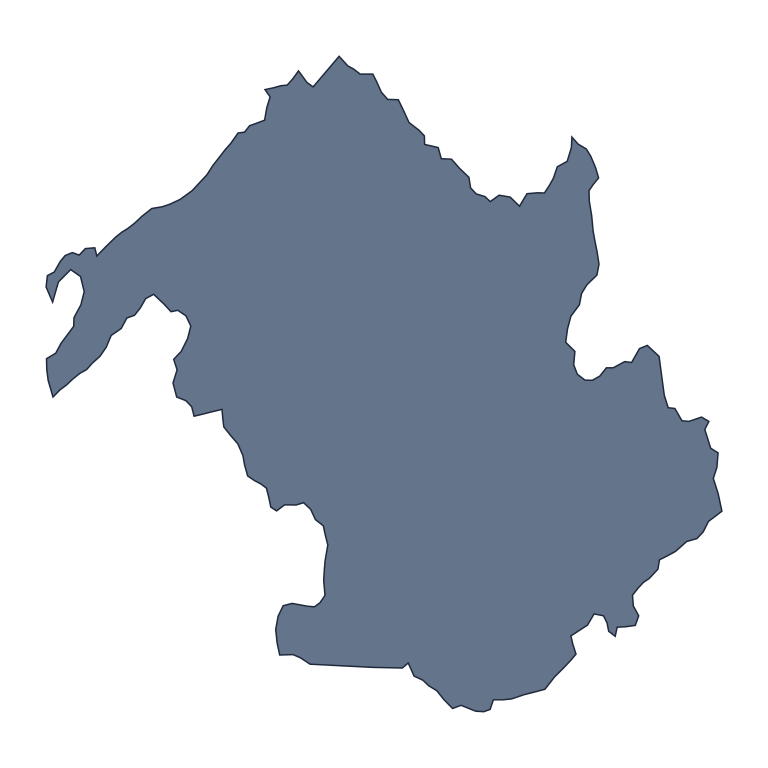 the district of Barra do Chapéu, São Paulo, Brazil
{"feature_id": "56859067B85491163367944", "entity_name": "Barra do Chapéu", "entity_type": "district", "adm_level": 2, "iso_a3": "BRA", "parent_name": "Brazil", "parent_adm1": "São Paulo", "projection": "equal_earth", "projection_center": [-49.1, -24.442], "detail": "fine", "context": "isolated", "style": "filled", "palette": "slate", "viewbox_px": 768, "rotation_deg": 0, "n_neighbors": 0, "source": "geoboundaries", "source_scale": "gbopen_adm2", "svg_char_len": 3141}
<svg xmlns="http://www.w3.org/2000/svg" viewBox="0 0 768 768"><path d="M339.1,56.3L326.7,70.9L313.1,86.9L307.0,82.5L298.5,70.9L292.9,78.7L287.2,85.1L281.0,85.7L273.5,87.8L265.0,89.6L270.1,96.9L266.8,107.6L264.6,120.2L256.1,123.4L249.6,125.7L244.6,132.1L238.1,133.0L230.5,143.7L225.4,149.4L212.5,166.0L207.0,174.7L192.1,190.7L180.1,199.4L169.9,204.2L162.5,206.7L151.8,208.5L141.9,216.3L134.7,223.1L127.9,228.4L121.8,232.2L116.0,236.8L106.1,246.4L96.8,256.0L94.8,247.8L85.3,248.6L79.2,255.1L72.4,252.6L65.2,255.5L60.2,261.5L54.3,272.0L47.4,275.6L46.1,287.0L52.6,302.1L58.4,282.0L70.7,269.6L80.5,276.5L84.2,291.6L80.9,304.8L74.0,317.6L73.7,326.3L61.1,343.2L55.7,353.2L46.5,358.7L46.8,370.1L48.2,380.6L53.0,397.0L60.2,389.7L66.6,384.9L72.4,379.4L79.9,373.3L86.6,369.6L92.2,363.3L99.9,356.4L106.2,347.3L111.2,335.4L121.2,328.5L126.9,318.0L134.5,315.3L140.3,308.0L145.7,298.6L153.6,294.3L163.8,303.9L171.0,311.7L177.8,310.3L185.9,315.8L190.8,326.0L187.6,338.6L181.2,351.4L173.7,359.3L177.1,369.8L173.0,382.9L176.7,397.0L185.9,400.7L191.7,406.8L194.1,416.2L201.7,414.4L211.9,411.8L222.0,409.4L222.8,418.5L223.8,426.9L230.5,435.4L237.8,443.8L242.9,455.5L244.6,465.1L247.7,476.0L254.5,480.6L260.6,483.8L266.4,488.1L268.8,497.5L270.8,507.1L276.6,510.9L284.7,504.8L296.0,505.0L303.6,502.7L310.7,509.4L315.4,519.6L323.3,525.8L325.1,534.2L327.8,545.0L325.1,560.7L324.3,570.1L323.7,580.6L325.0,595.4L320.0,602.7L314.5,606.8L307.3,606.2L292.1,603.4L283.2,605.7L278.1,616.2L275.7,629.5L277.1,642.9L279.7,655.0L293.0,654.6L300.4,657.8L310.1,664.2L373.2,667.4L402.4,668.0L408.2,663.0L414.1,676.1L422.9,680.2L428.6,685.7L436.8,690.7L443.7,699.4L452.6,708.5L461.0,705.3L475.7,711.2L483.8,711.7L490.1,709.4L493.4,699.8L503.0,699.8L511.6,698.9L523.7,694.8L544.9,689.3L554.5,677.0L563.7,667.8L570.6,660.5L576.0,654.1L572.8,644.1L570.9,635.9L587.5,625.1L594.1,613.9L603.5,615.8L607.0,622.8L608.7,631.3L615.2,636.3L617.2,627.2L626.1,626.7L635.3,625.4L638.7,615.8L633.3,605.9L632.5,595.2L638.3,587.9L643.4,582.4L649.2,578.5L657.9,569.2L659.5,559.8L668.0,555.5L675.5,551.4L686.7,541.5L696.9,538.6L703.2,531.9L708.5,521.4L721.9,511.2L718.1,493.4L713.3,478.5L716.9,467.4L718.1,452.9L710.7,448.2L704.8,429.5L708.9,421.4L701.5,417.1L688.9,421.4L682.0,420.8L674.9,408.5L668.2,407.7L664.3,395.4L660.9,370.1L659.1,356.4L647.3,345.4L639.5,348.6L631.6,362.5L624.7,361.6L613.2,367.8L606.4,367.8L599.9,376.0L592.4,380.3L584.9,380.1L577.3,374.2L573.7,364.8L574.9,351.4L565.7,342.3L567.5,329.0L570.9,316.2L579.4,304.8L581.6,293.4L587.0,284.7L596.9,275.1L599.0,264.2L597.1,251.8L594.9,240.9L593.1,230.9L591.7,215.8L589.3,201.2L589.0,190.7L593.4,184.3L598.6,177.9L595.6,167.7L590.8,156.3L586.3,149.0L578.1,144.1L571.9,137.1L571.4,147.6L567.2,161.3L557.3,166.8L553.3,178.4L549.2,185.7L544.4,193.0L537.5,192.8L527.0,193.7L519.5,206.2L510.2,197.1L499.1,195.2L490.2,201.6L485.0,196.6L476.2,193.9L470.6,187.9L468.9,177.3L459.5,168.3L451.5,159.2L441.3,158.7L438.2,147.6L424.6,144.4L424.4,135.9L419.2,130.4L409.0,122.5L403.8,111.1L398.3,99.7L387.7,99.4L381.3,92.1L376.5,81.4L372.8,74.1L360.2,74.1L353.7,69.1L347.8,65.9L339.1,56.3Z" fill="#64748b" stroke="#1e293b" stroke-width="1.5"/></svg>